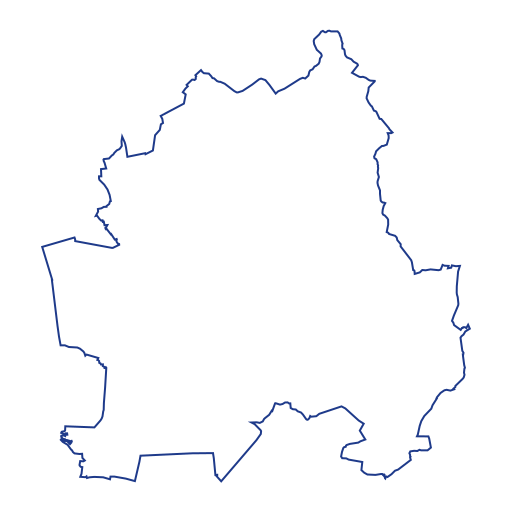 the district of Cerna, Tulcea, Romania
{"feature_id": "2599482B66510571343783", "entity_name": "Cerna", "entity_type": "district", "adm_level": 2, "iso_a3": "ROU", "parent_name": "Romania", "parent_adm1": "Tulcea", "projection": "albers", "projection_center": [28.311, 45.064], "detail": "fine", "context": "isolated", "style": "outline", "palette": "blue", "viewbox_px": 512, "rotation_deg": 0, "n_neighbors": 0, "source": "geoboundaries", "source_scale": "gbopen_adm2", "svg_char_len": 5934}
<svg xmlns="http://www.w3.org/2000/svg" viewBox="0 0 512 512"><path d="M337.6,31.4L331.0,31.4L329.3,30.7L327.9,30.9L325.9,32.3L324.8,32.2L322.9,30.9L321.2,31.7L319.2,34.5L314.3,39.1L313.7,41.0L314.2,44.2L316.8,49.8L321.0,53.6L321.7,55.3L321.5,56.5L320.0,58.5L319.5,61.9L318.7,63.7L316.0,65.9L314.5,66.5L312.6,69.3L310.2,70.4L309.3,71.9L308.4,75.6L305.2,78.5L302.8,77.8L300.0,78.9L284.5,88.7L278.2,91.3L275.7,93.6L269.4,84.9L265.4,80.1L261.1,78.6L259.1,79.3L252.2,84.6L242.6,90.9L237.9,92.4L236.7,92.4L234.3,91.1L224.7,83.7L220.3,81.8L219.1,81.8L217.1,81.1L214.0,78.3L212.5,78.1L211.2,76.2L208.8,73.6L203.9,73.2L202.4,72.0L201.0,70.1L195.4,75.2L196.2,76.4L195.7,77.3L195.8,78.9L194.6,80.0L193.1,79.6L192.0,79.7L186.6,84.9L187.8,86.3L185.5,88.5L182.8,92.2L185.7,94.4L183.9,103.6L160.7,115.9L162.3,118.9L163.0,123.0L160.9,124.3L159.8,129.9L155.1,135.2L152.9,150.5L145.5,154.2L145.2,153.2L127.4,156.8L126.0,147.5L125.3,144.3L124.7,142.3L122.2,136.7L121.5,141.2L121.8,145.9L120.0,148.5L119.1,149.3L116.9,150.3L114.3,152.9L113.3,154.5L111.8,155.5L109.0,158.5L103.8,159.1L103.5,159.5L103.8,161.3L104.5,162.6L106.2,168.5L101.0,169.1L101.3,176.3L99.0,176.3L99.0,178.3L99.4,179.8L104.2,184.6L107.5,189.5L109.6,194.9L110.8,201.1L109.9,201.4L109.2,204.0L106.5,206.1L106.5,206.8L103.8,206.9L101.4,208.3L97.9,209.0L98.1,211.6L95.8,215.9L97.0,215.6L99.4,218.9L101.2,220.6L102.6,220.3L103.1,221.4L102.7,221.5L102.8,221.9L103.8,221.7L104.5,225.2L107.4,225.0L106.4,226.9L105.4,227.7L105.5,228.6L106.0,229.3L106.7,229.0L110.9,234.4L111.2,234.1L114.8,239.6L116.6,239.0L116.8,239.7L116.3,240.2L116.3,240.8L116.8,242.1L117.9,243.6L119.1,244.0L119.2,244.8L112.8,247.9L112.0,247.9L75.2,241.1L75.1,239.2L74.5,237.5L42.2,246.9L52.2,279.8L51.9,279.9L57.5,325.8L59.0,336.6L60.6,345.3L64.8,345.3L68.9,347.0L77.3,347.5L80.0,348.7L83.4,351.5L84.3,352.8L85.3,355.7L86.4,354.6L87.0,354.7L98.3,358.0L97.4,359.9L98.2,360.1L99.1,361.0L99.3,362.9L100.5,363.4L101.0,364.5L102.9,364.4L102.8,366.1L104.5,367.0L104.5,368.0L105.2,368.1L105.9,367.3L106.3,367.8L105.1,387.6L103.9,402.9L103.7,409.9L103.2,411.5L102.5,416.4L101.7,418.5L100.5,420.4L94.4,427.4L65.3,426.3L65.1,430.3L64.6,431.1L61.7,431.8L61.2,432.9L64.7,434.4L65.5,433.3L67.1,433.3L67.3,434.7L65.1,434.9L65.1,436.0L63.7,435.4L61.3,435.8L61.2,436.8L63.0,438.9L65.0,439.2L65.7,440.2L66.8,440.0L69.7,440.9L69.6,441.5L69.9,441.8L71.6,440.9L71.8,441.3L71.3,442.6L70.0,444.1L67.1,441.1L64.9,440.9L61.7,438.6L60.8,439.8L62.8,441.9L67.6,444.8L71.1,449.6L72.0,450.3L72.9,452.0L74.5,453.4L79.5,454.0L82.1,453.8L82.4,457.9L84.8,460.5L83.4,461.3L80.2,461.1L79.5,465.0L79.7,465.6L80.7,466.8L82.3,467.1L81.5,473.8L80.3,476.8L84.1,477.1L85.6,477.1L86.5,476.4L87.0,478.0L89.5,477.3L94.3,476.9L103.2,477.3L110.0,479.3L110.5,476.6L114.4,476.6L125.8,478.6L134.9,481.1L139.4,461.8L140.5,455.7L192.1,453.3L213.0,453.1L213.8,458.2L215.4,475.0L217.2,474.8L217.2,475.4L216.4,475.9L221.2,481.3L256.4,440.2L260.8,434.0L261.1,431.1L260.6,430.2L254.7,424.2L251.5,422.5L256.7,422.3L259.8,422.9L262.8,421.4L264.0,419.1L264.9,418.2L269.2,414.8L271.8,410.6L272.3,411.0L275.1,403.3L275.6,403.2L280.0,404.6L282.6,404.0L285.0,402.5L287.6,402.4L289.2,403.5L290.3,403.4L290.7,408.0L292.8,409.2L295.8,409.5L297.7,411.3L301.0,412.5L302.9,414.5L306.2,419.2L307.2,419.8L308.1,419.5L309.4,418.1L310.2,416.0L311.2,416.7L316.3,416.2L319.3,413.8L341.5,406.4L345.3,408.4L358.7,420.5L363.7,423.7L359.8,430.6L365.3,439.5L360.4,441.3L358.3,442.6L349.9,443.9L346.7,445.0L346.0,445.6L345.7,446.8L344.2,447.1L343.3,448.0L342.0,451.9L341.1,456.5L342.2,458.2L346.3,458.4L348.7,459.6L362.3,462.0L361.4,470.1L364.2,472.7L367.4,474.5L375.5,474.9L381.0,474.0L382.2,474.0L382.7,474.7L384.0,474.4L384.3,474.6L383.7,475.6L384.8,477.0L385.0,478.2L385.3,478.5L386.0,476.4L387.5,477.0L391.5,474.2L395.0,470.7L398.1,469.6L410.8,459.9L410.1,457.5L410.5,456.7L410.1,456.3L410.1,454.8L409.4,453.2L410.3,451.4L414.1,450.8L417.3,451.0L419.5,449.8L421.0,450.3L427.6,450.3L430.9,447.6L429.2,438.6L428.4,436.4L417.0,436.3L417.8,434.6L419.7,425.9L421.3,421.1L424.3,416.0L431.3,408.7L432.5,405.3L436.8,398.5L436.5,398.3L437.1,397.1L440.6,392.9L444.4,390.3L446.6,389.8L450.4,390.6L454.1,389.3L453.5,388.6L455.3,387.1L455.4,385.9L462.8,378.7L463.7,377.5L464.5,374.8L464.0,372.7L464.4,368.7L464.9,367.8L464.2,365.1L463.0,356.0L462.9,355.0L463.1,355.1L463.5,352.8L462.3,350.8L460.5,337.7L461.5,336.2L463.5,334.6L465.3,331.5L469.8,328.7L468.1,324.8L466.3,328.1L465.0,327.2L463.2,327.2L462.7,328.0L461.9,328.0L460.7,329.9L454.1,325.1L453.3,322.6L452.0,320.9L453.9,315.5L458.2,305.3L458.4,303.8L457.7,297.1L456.9,294.4L456.7,292.6L456.8,286.3L458.1,271.5L459.9,265.9L455.9,266.2L451.9,265.4L451.2,267.7L447.9,268.3L448.6,265.9L444.5,265.7L442.6,264.9L440.7,269.6L438.6,270.2L430.5,269.4L425.6,270.3L422.3,270.0L419.8,272.4L414.7,273.9L414.5,271.0L414.2,270.4L413.2,270.1L411.9,262.3L411.2,260.2L400.6,246.4L400.7,244.2L397.3,240.1L396.7,237.5L395.1,235.8L389.1,234.0L388.3,232.8L386.7,232.1L388.2,224.6L388.1,219.6L387.2,218.1L384.9,215.6L383.1,214.6L382.4,213.1L382.7,209.8L383.7,206.0L385.3,203.1L384.1,202.6L382.6,202.5L381.2,201.4L380.7,200.5L380.0,193.8L380.0,190.4L378.0,185.4L377.5,182.9L377.6,181.2L378.9,177.0L377.6,172.7L378.2,168.0L377.9,166.9L378.1,165.3L377.6,164.3L377.6,162.3L376.2,159.2L374.5,158.3L374.1,156.6L375.4,153.8L376.1,151.3L379.2,148.2L381.9,146.0L383.5,145.9L386.8,144.6L388.7,138.1L388.6,135.5L387.7,133.1L391.3,133.1L392.5,132.5L389.4,129.2L389.0,128.3L381.3,119.0L379.6,118.8L376.4,111.9L375.7,111.2L373.9,110.6L371.9,106.4L370.9,105.7L368.6,102.5L366.6,98.3L366.7,96.8L368.3,91.2L368.7,87.5L374.7,81.4L374.7,80.9L370.3,80.6L368.7,79.9L365.8,77.8L362.9,76.8L360.7,77.1L359.1,76.7L352.0,72.8L357.5,65.8L357.9,65.4L357.7,64.4L357.0,63.6L353.6,61.7L351.3,59.2L347.0,57.4L345.5,55.6L345.0,54.2L344.5,50.2L343.6,48.9L342.4,48.5L342.2,45.7L342.3,44.0L342.6,43.7L341.4,40.2L341.2,38.4L339.7,34.8L339.4,33.5L337.6,31.4Z" fill="none" stroke="#1e3a8a" stroke-width="2"/></svg>